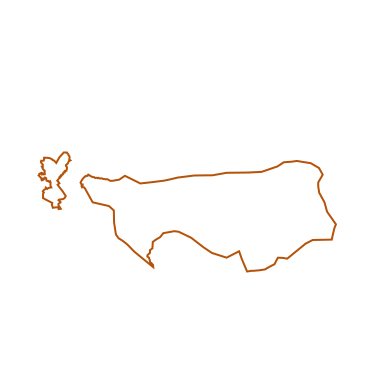 Ilorin East, Kwara, Nigeria, rotated 34°
{"feature_id": "59680162B49050440888294", "entity_name": "Ilorin East", "entity_type": "district", "adm_level": 2, "iso_a3": "NGA", "parent_name": "Nigeria", "parent_adm1": "Kwara", "projection": "mercator", "projection_center": [4.629, 8.608], "detail": "fine", "context": "isolated", "style": "outline", "palette": "amber", "viewbox_px": 384, "rotation_deg": 34, "n_neighbors": 0, "source": "geoboundaries", "source_scale": "gbopen_adm2", "svg_char_len": 4191}
<svg xmlns="http://www.w3.org/2000/svg" viewBox="0 0 384 384"><g transform="rotate(34 192 192)"><path d="M201.9,276.0L200.5,274.3L197.8,273.6L197.1,274.0L194.8,271.9L193.0,270.5L191.1,270.5L190.4,269.1L191.2,266.0L189.7,263.8L190.7,260.8L187.4,255.3L188.7,251.7L190.8,247.3L191.2,242.2L199.2,234.4L203.2,232.4L216.9,230.4L232.0,231.4L242.5,231.4L257.4,227.1L264.2,214.8L270.9,219.8L282.1,227.1L284.2,225.2L284.9,224.5L285.1,224.2L285.6,223.9L286.2,223.6L288.1,222.1L289.4,221.0L291.1,219.7L294.4,216.7L295.5,215.6L295.8,215.4L296.1,215.0L296.2,214.6L296.4,214.0L299.1,208.7L300.8,205.8L299.9,198.5L303.3,196.3L308.2,194.0L315.1,171.2L318.9,164.3L334.5,153.3L332.2,147.6L331.7,146.2L330.2,142.1L329.4,138.3L315.0,132.8L307.5,126.4L297.9,121.5L293.6,116.9L291.3,113.5L290.7,104.6L283.9,101.1L277.7,101.5L274.3,101.7L267.3,105.0L261.6,107.6L257.6,111.2L251.5,116.0L248.5,123.1L244.1,128.9L241.4,132.5L238.4,136.4L227.9,144.3L210.0,156.7L201.3,165.1L199.9,166.5L189.9,173.4L184.6,177.1L172.0,188.1L166.7,193.9L162.4,198.3L152.3,207.1L145.7,212.7L144.4,213.8L127.3,216.1L124.8,222.4L119.8,227.2L117.8,228.5L114.8,228.7L112.8,230.0L111.1,230.8L109.2,231.3L108.4,232.1L107.5,232.5L106.4,232.6L106.1,233.3L105.3,233.4L104.6,233.8L104.2,234.3L103.4,234.6L102.7,234.4L102.1,234.7L101.3,235.2L99.6,235.4L98.2,235.5L96.3,235.6L96.4,237.0L95.5,237.5L95.2,238.4L94.8,238.5L94.3,240.4L94.0,243.0L94.2,245.2L94.4,246.6L95.3,247.0L96.2,247.6L97.1,246.9L97.5,247.3L97.2,248.9L98.3,249.6L99.7,248.5L101.3,248.9L115.4,256.1L131.0,250.1L137.5,251.0L144.5,260.9L152.7,269.8L157.0,271.4L161.6,271.2L167.9,271.7L177.3,273.7L201.9,276.0ZM60.4,266.0L60.9,266.3L61.1,266.1L61.5,265.7L61.7,265.3L61.9,264.9L62.1,263.9L62.2,263.3L62.3,263.1L62.3,262.8L62.3,262.6L62.1,262.2L62.4,262.1L62.6,262.1L62.9,262.1L63.5,262.2L63.7,262.4L63.8,262.6L64.0,262.8L64.4,263.2L64.9,263.9L65.3,263.9L65.7,263.8L66.4,263.6L66.7,263.2L66.9,263.0L67.1,263.1L67.4,263.4L67.6,263.4L68.1,263.4L68.5,263.4L68.6,262.6L69.2,263.0L69.6,263.4L70.2,264.5L70.4,264.9L70.8,265.4L71.4,266.1L72.8,266.9L71.7,267.9L71.2,268.4L70.7,269.1L70.4,269.6L70.3,270.3L68.4,270.1L68.9,271.6L68.1,273.0L68.0,273.6L68.0,274.9L68.9,275.1L69.5,275.3L69.3,276.1L69.5,276.7L71.2,279.3L71.8,280.3L74.7,280.1L82.3,279.2L82.5,279.8L82.7,280.6L82.9,280.7L83.4,281.3L84.5,282.1L85.4,282.9L87.7,280.9L88.7,280.2L89.8,279.2L90.4,279.9L91.0,280.7L92.0,279.8L92.2,279.7L92.6,279.3L92.0,279.0L90.5,278.6L90.5,278.4L88.9,277.8L88.0,276.8L88.0,276.1L88.2,275.6L88.6,274.8L88.7,273.9L85.9,273.4L86.0,272.7L87.8,271.1L89.1,269.9L89.7,268.6L89.7,266.3L89.5,265.9L88.1,265.3L86.1,264.5L84.6,263.8L80.1,262.4L77.8,261.6L76.5,261.1L77.2,258.9L76.6,258.6L74.0,258.0L74.2,257.0L74.0,256.6L74.2,254.6L74.0,254.3L73.9,253.9L74.1,253.9L74.5,254.1L74.6,253.9L74.5,253.5L74.1,252.8L74.7,252.4L74.7,252.0L74.1,251.8L74.0,251.2L74.6,250.7L74.9,250.3L75.0,249.8L75.1,249.3L74.7,249.2L74.7,248.4L74.6,247.7L74.7,247.3L74.9,247.1L75.5,247.0L75.4,246.2L74.8,246.1L74.8,245.6L75.4,245.2L76.0,244.6L75.6,243.6L75.3,242.7L74.8,241.7L73.8,241.0L73.1,241.0L72.8,240.8L72.5,240.1L73.1,237.8L72.9,236.8L72.8,236.0L72.6,235.0L73.2,234.4L73.5,233.8L72.1,233.8L71.9,233.5L71.3,231.9L70.5,231.0L69.3,230.7L68.4,229.9L67.2,229.7L66.3,229.2L63.6,230.9L63.3,233.0L63.0,235.2L62.8,236.5L62.7,237.7L62.8,239.0L62.9,240.1L63.0,241.7L63.2,243.8L62.3,243.5L61.4,243.4L60.7,243.2L59.5,243.1L58.8,243.4L58.0,243.3L57.3,243.2L55.5,243.4L53.0,244.5L50.2,246.3L50.7,247.1L51.0,247.4L51.2,247.7L51.3,248.4L51.5,249.0L49.5,250.4L49.8,251.2L49.9,251.6L50.4,252.0L51.0,252.1L51.7,252.4L52.5,252.6L52.9,252.7L53.2,252.9L53.5,253.6L54.2,254.6L53.5,255.0L54.6,255.7L55.3,256.1L56.0,256.5L56.5,256.5L57.4,256.7L57.8,256.8L58.2,256.9L58.3,257.4L58.6,257.9L58.9,258.3L59.2,258.5L59.6,259.0L59.8,259.3L60.0,259.6L59.8,259.8L59.3,260.2L58.9,260.6L58.7,260.7L58.4,260.1L58.0,260.1L57.5,260.1L57.1,260.1L56.7,260.2L56.7,260.4L56.8,260.7L56.7,261.0L56.8,261.2L56.0,261.0L55.8,261.3L55.7,261.8L55.7,262.0L55.4,262.3L55.5,262.4L55.6,262.5L55.6,263.0L55.6,263.3L55.6,263.6L55.6,264.0L55.9,264.0L57.2,264.4L58.4,264.6L59.0,264.7L59.4,265.0L60.0,265.3L60.3,264.9L60.4,265.4L60.4,266.0Z" fill="none" stroke="#b45309" stroke-width="2"/></g></svg>